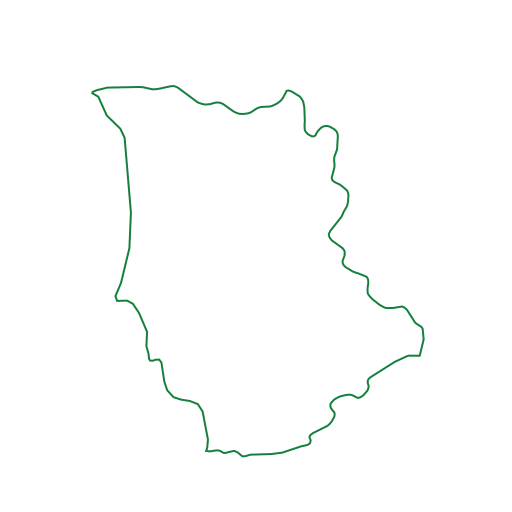 Rayong, Robinson projection, rotated 77°
{"feature_id": "THA-434", "entity_name": "Rayong", "entity_type": "Province", "adm_level": 1, "iso_a3": "THA", "parent_name": "Thailand", "parent_adm1": "", "projection": "robinson", "projection_center": [101.425, 12.873], "detail": "fine", "context": "isolated", "style": "outline", "palette": "green", "viewbox_px": 512, "rotation_deg": 77, "n_neighbors": 0, "source": "natural_earth", "source_scale": "10m", "svg_char_len": 2993}
<svg xmlns="http://www.w3.org/2000/svg" viewBox="0 0 512 512"><g transform="rotate(77 256 256)"><path d="M434.6,348.3L431.6,346.6L424.0,344.1L395.5,343.0L387.2,346.0L382.4,353.1L379.0,361.5L375.0,368.1L366.9,372.7L357.6,373.6L338.7,372.1L335.2,373.6L334.5,377.0L334.8,380.6L334.0,382.8L331.9,383.3L326.8,382.7L319.3,383.1L305.4,379.2L285.2,382.8L274.9,386.7L270.5,391.6L268.5,401.4L263.5,402.0L251.9,393.6L219.9,377.6L185.5,368.1L111.1,357.4L101.4,359.6L85.5,369.8L65.4,373.8L60.5,378.9L59.4,378.2L58.6,373.8L58.5,362.9L65.2,331.1L66.4,327.5L70.3,319.4L71.0,315.7L71.3,311.3L71.3,304.6L71.5,300.0L71.9,298.0L72.7,296.5L73.6,295.2L74.7,294.0L93.0,278.4L94.0,277.1L95.7,274.3L96.5,272.7L97.1,270.9L97.7,266.8L97.5,262.7L97.5,260.5L97.9,258.5L98.5,256.7L99.5,255.3L100.4,254.0L110.2,245.3L112.4,242.5L113.8,240.0L114.8,236.2L115.2,232.0L115.1,230.0L114.7,228.2L112.8,223.2L112.3,221.5L112.0,219.4L112.0,217.2L113.4,209.2L113.5,207.2L113.1,205.2L112.3,201.6L111.7,200.0L110.2,196.9L108.1,194.3L103.4,190.1L102.2,189.3L102.0,189.1L102.0,188.6L102.0,187.3L102.7,185.7L103.9,184.1L110.4,177.5L112.6,176.4L116.0,175.3L122.1,175.5L135.6,178.1L139.1,179.2L142.7,179.9L144.6,180.1L146.6,179.4L148.9,178.1L151.9,174.8L152.4,172.7L151.9,170.9L149.4,168.9L148.3,167.7L146.4,165.0L145.6,163.5L145.0,161.7L144.9,159.6L145.2,157.7L145.9,156.1L146.8,154.8L150.1,151.2L152.8,149.5L155.0,149.1L157.3,149.2L170.3,153.0L177.1,157.4L179.0,158.0L181.1,158.5L183.9,158.8L185.9,159.3L187.8,159.9L196.7,164.6L198.4,164.7L200.4,164.0L202.4,161.9L204.9,158.7L207.4,156.4L212.6,152.6L214.6,152.1L217.0,152.1L223.5,154.0L227.0,155.6L228.3,156.5L233.0,160.9L234.5,161.9L237.0,163.9L248.1,177.8L250.7,179.9L252.4,180.4L254.9,180.0L257.9,178.6L268.0,169.8L269.8,169.0L271.8,168.6L275.3,169.5L280.2,172.7L281.9,173.1L284.3,172.8L286.9,171.3L292.8,165.3L295.1,161.9L295.8,160.5L300.4,153.9L301.2,152.9L302.4,152.4L304.2,152.1L307.2,152.5L312.7,154.6L316.3,155.4L318.2,155.4L321.0,154.2L324.4,152.2L331.0,146.9L333.8,144.0L335.7,141.5L336.3,139.7L337.5,133.8L338.1,125.0L339.6,122.9L342.4,121.0L356.3,116.1L357.7,115.2L362.4,110.7L364.5,110.0L375.0,111.4L390.0,118.9L387.5,129.3L387.6,131.5L390.4,144.7L399.6,171.0L401.0,173.8L402.3,174.9L403.8,175.5L405.7,175.7L407.4,175.4L409.7,176.0L412.2,177.7L415.8,182.6L417.0,185.7L417.3,187.9L417.0,188.8L416.9,189.2L416.1,190.2L414.2,192.3L413.2,193.6L412.2,195.9L411.7,199.0L411.7,205.4L412.4,208.8L413.5,212.1L415.6,215.3L416.7,216.5L418.0,217.1L419.6,217.4L421.3,217.1L424.4,215.8L425.7,214.9L427.9,214.9L430.3,215.9L434.6,219.9L436.5,222.5L437.6,224.7L441.4,240.5L442.9,243.5L444.6,244.7L446.2,244.4L447.9,244.2L450.5,245.4L451.4,247.3L451.7,249.5L451.6,254.7L453.5,274.7L452.4,285.7L448.4,305.7L448.4,307.8L448.6,310.0L448.6,311.9L448.3,313.8L447.2,315.1L443.3,318.0L441.3,320.6L441.2,320.9L441.0,321.4L440.9,322.9L441.0,330.2L440.5,331.9L439.5,333.2L438.3,334.2L437.2,335.9L436.5,338.3L435.9,345.6L434.6,348.2L434.6,348.3Z" fill="none" stroke="#15803d" stroke-width="2"/></g></svg>